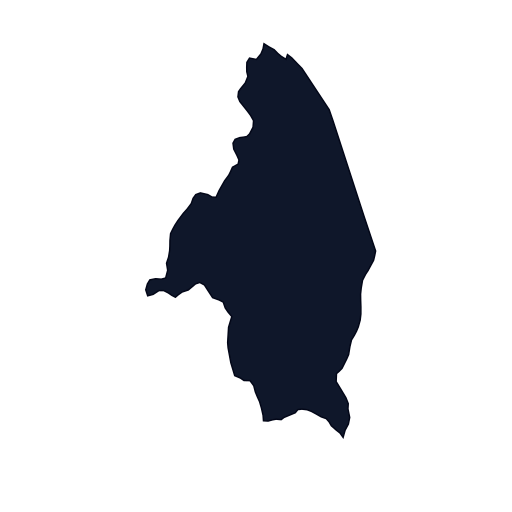 outline of Central do Maranhão, Maranhão, Brazil, rotated 162°
{"feature_id": "56859067B32217682416213", "entity_name": "Central do Maranhão", "entity_type": "district", "adm_level": 2, "iso_a3": "BRA", "parent_name": "Brazil", "parent_adm1": "Maranhão", "projection": "equal_earth", "projection_center": [-44.838, -2.255], "detail": "fine", "context": "isolated", "style": "filled", "palette": "ink", "viewbox_px": 512, "rotation_deg": 162, "n_neighbors": 0, "source": "geoboundaries", "source_scale": "gbopen_adm2", "svg_char_len": 2042}
<svg xmlns="http://www.w3.org/2000/svg" viewBox="0 0 512 512"><g transform="rotate(162 256 256)"><path d="M343.3,276.8L344.4,269.7L348.7,263.0L353.2,263.2L358.5,265.4L364.3,266.1L367.9,263.0L371.3,257.9L371.3,251.6L365.7,251.3L359.1,253.1L354.4,251.6L350.8,248.0L348.2,244.6L345.4,241.7L342.1,243.1L337.4,244.6L330.9,244.6L322.1,248.2L317.6,248.2L314.0,244.4L312.4,238.3L310.1,229.8L304.8,225.7L301.4,222.3L301.3,216.1L299.9,211.3L297.7,205.9L304.1,196.7L309.7,182.4L310.9,177.3L312.9,162.3L313.2,148.8L308.5,144.7L305.9,141.3L300.2,139.3L298.2,133.3L298.6,127.0L298.2,121.7L297.6,116.4L297.8,109.8L298.5,102.2L299.8,97.0L295.5,95.3L291.0,95.1L287.3,94.6L282.6,92.6L279.3,93.8L267.1,94.8L263.7,97.0L259.7,96.2L254.9,94.0L251.3,91.1L247.6,87.2L243.7,82.9L239.4,79.6L237.7,75.6L236.8,71.3L233.5,65.7L230.8,61.7L229.2,56.6L225.1,62.8L220.1,67.6L216.8,73.5L215.8,82.2L213.9,87.1L214.3,93.4L216.5,103.0L218.6,111.8L215.8,119.3L212.5,120.7L208.9,122.6L201.7,129.9L198.4,133.6L194.7,140.8L191.1,146.7L187.0,150.2L183.7,153.4L180.6,157.0L176.7,162.9L174.2,168.4L172.0,175.1L170.1,181.7L168.3,187.5L165.9,192.9L162.2,200.0L157.5,204.7L153.9,207.6L145.5,215.6L143.0,219.7L140.7,223.8L141.0,260.1L141.0,267.1L141.0,281.1L141.0,348.7L141.0,361.0L141.2,372.6L154.3,420.1L157.2,425.9L160.8,433.4L163.8,437.8L166.7,433.8L170.4,438.2L172.7,441.9L175.0,446.6L179.1,450.9L182.8,455.4L185.3,450.8L188.8,446.7L194.9,442.8L201.0,446.2L204.8,443.0L206.5,438.4L207.8,434.1L208.2,429.3L212.7,423.9L218.9,419.9L221.8,417.7L224.0,412.9L223.6,407.8L221.0,400.9L219.4,396.6L217.7,391.5L216.5,385.5L219.0,379.4L224.4,374.1L227.8,372.4L231.3,372.9L234.8,373.6L239.8,373.4L243.0,370.4L244.1,364.6L243.0,357.6L242.5,352.6L244.6,348.9L250.9,347.7L254.4,343.8L257.0,341.2L262.6,337.2L270.9,329.6L275.8,324.2L279.6,325.6L282.9,329.3L289.4,333.2L294.3,333.0L298.0,330.3L301.3,325.9L307.1,321.8L311.8,319.1L319.2,313.9L323.4,310.5L326.7,307.4L330.3,303.7L333.0,297.4L334.9,291.8L336.5,287.7L339.5,281.9L343.3,276.8Z" fill="#0f172a" stroke="#020617" stroke-width="1.5"/></g></svg>